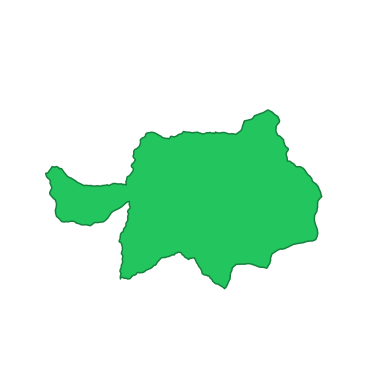 Gakiling, Ha, Bhutan (Natural Earth projection), rotated 38°
{"feature_id": "84629894B40252407393905", "entity_name": "Gakiling", "entity_type": "district", "adm_level": 2, "iso_a3": "BTN", "parent_name": "Bhutan", "parent_adm1": "Ha", "projection": "natural_earth1", "projection_center": [89.208, 27.137], "detail": "fine", "context": "isolated", "style": "filled", "palette": "green", "viewbox_px": 384, "rotation_deg": 38, "n_neighbors": 0, "source": "geoboundaries", "source_scale": "gbopen_adm2", "svg_char_len": 6077}
<svg xmlns="http://www.w3.org/2000/svg" viewBox="0 0 384 384"><g transform="rotate(38 192 192)"><path d="M100.2,294.6L103.1,294.8L104.5,294.8L106.0,295.3L107.5,295.5L109.0,294.8L110.3,293.8L111.0,292.8L112.7,291.9L114.1,290.1L115.9,288.5L117.6,287.6L119.7,287.7L120.6,287.5L122.3,286.6L125.2,285.9L127.9,283.8L128.8,282.9L132.6,281.2L133.5,278.5L133.4,277.8L134.1,276.1L135.4,274.9L136.6,274.2L137.9,272.5L139.7,271.0L140.6,269.8L141.1,268.2L141.7,264.7L141.2,258.3L141.4,256.9L142.2,254.5L144.1,251.0L145.7,246.8L146.5,242.0L147.1,239.6L148.4,238.1L149.4,239.2L150.2,240.5L151.8,241.6L152.6,242.0L152.9,242.4L153.1,242.9L152.9,245.4L153.0,246.4L153.5,247.3L155.3,248.1L155.6,248.5L156.4,250.9L157.3,252.0L157.8,252.1L158.1,253.0L159.0,254.2L159.1,256.8L159.5,257.7L160.5,258.8L160.9,259.7L160.9,263.3L161.5,264.1L162.0,265.5L162.0,266.1L161.5,267.4L161.6,269.0L163.3,272.0L164.0,272.7L164.7,275.4L165.0,275.8L165.9,276.0L166.8,275.7L167.7,275.8L170.5,277.8L171.6,278.8L172.7,280.5L173.2,281.3L173.8,283.3L174.4,284.1L174.8,284.3L176.2,284.6L177.0,285.1L177.5,286.0L178.3,287.8L180.8,290.2L181.4,293.2L182.8,295.2L183.1,296.2L183.2,297.2L183.6,298.1L184.2,298.9L185.5,299.5L186.3,300.1L187.6,302.8L188.5,304.0L188.9,304.3L188.9,303.3L189.1,302.7L189.3,302.3L190.2,302.0L191.7,301.7L192.2,301.4L192.9,300.6L194.9,300.1L195.5,299.6L196.6,298.2L196.6,295.2L197.1,293.8L198.4,292.1L198.6,291.1L198.5,289.7L198.6,289.3L199.8,288.0L200.5,288.0L201.3,287.0L202.7,285.9L203.7,283.8L203.8,282.5L203.9,282.1L206.6,277.2L207.0,275.7L207.1,273.6L207.9,272.5L208.3,271.4L207.9,268.6L208.4,262.9L209.0,262.0L211.5,259.8L212.1,258.5L213.5,257.1L213.9,256.1L214.5,255.3L215.3,253.4L216.4,252.9L216.7,252.5L216.7,251.2L216.8,250.4L217.7,249.1L218.2,248.0L218.7,247.5L220.8,246.5L222.9,247.4L224.0,247.1L226.6,247.7L228.9,247.3L230.8,247.3L231.0,247.0L230.8,246.2L230.9,245.8L231.9,245.2L232.6,244.1L234.3,242.5L236.9,243.5L238.9,244.7L241.1,245.4L243.0,246.4L245.7,247.0L247.5,247.8L248.2,248.2L249.9,249.7L250.6,250.0L252.5,249.8L254.6,248.7L256.1,248.4L256.6,247.8L256.9,247.7L259.5,248.6L261.8,248.7L263.1,249.5L266.5,249.8L268.0,249.3L269.4,248.5L270.8,248.5L274.3,248.0L277.2,248.0L277.4,246.0L276.7,242.5L275.9,239.7L275.6,237.4L272.2,232.0L272.0,230.4L271.5,229.0L270.4,226.8L271.3,222.1L272.4,220.8L278.6,215.8L279.6,214.5L280.9,213.4L283.0,212.3L287.1,210.9L290.8,209.8L292.3,209.1L294.2,207.7L296.2,206.6L297.6,206.2L297.9,205.0L297.5,203.6L297.3,200.8L297.1,200.1L295.7,196.9L294.6,196.0L293.9,193.6L293.4,192.6L293.3,191.9L293.3,191.1L295.1,185.6L296.1,183.5L296.5,183.0L296.8,182.4L298.4,181.4L300.1,179.2L300.9,177.4L302.0,175.5L302.3,174.2L303.3,173.0L303.7,171.5L306.9,167.6L309.0,165.3L311.1,163.2L312.1,161.4L313.1,160.1L315.5,157.6L316.8,156.7L318.1,154.8L318.1,154.3L318.7,153.6L318.7,152.8L318.4,151.7L317.7,149.6L316.9,147.9L316.5,147.1L313.8,144.4L308.8,141.3L307.8,140.4L306.8,139.9L304.2,137.0L303.8,136.0L303.1,135.2L302.6,133.0L302.4,131.0L302.1,130.1L300.7,127.7L300.4,126.7L299.4,125.6L297.9,123.4L297.3,122.8L296.7,121.5L296.7,119.3L296.8,117.6L297.1,115.8L294.4,114.0L293.9,113.3L292.8,112.8L292.2,112.3L291.1,111.9L288.3,110.2L287.4,109.9L284.8,109.3L283.0,109.5L280.6,109.4L279.7,109.0L278.3,107.9L277.2,107.5L275.2,107.0L272.5,107.0L266.8,105.1L264.7,104.9L261.8,105.4L260.3,106.5L259.6,107.3L258.5,107.9L255.0,107.2L252.1,107.5L250.3,107.5L249.3,108.0L248.5,108.8L248.1,108.8L246.5,107.3L246.2,106.7L243.3,104.6L242.7,103.7L242.1,102.6L242.0,100.0L241.5,99.0L241.0,98.5L237.9,98.5L236.0,97.8L234.5,96.6L232.9,95.7L232.2,94.6L231.5,94.4L227.1,93.9L225.2,94.4L224.3,94.4L223.0,93.6L221.7,93.1L220.3,92.0L218.0,88.5L217.6,86.9L217.9,83.9L217.5,82.8L217.0,81.8L213.6,79.9L211.8,79.8L209.3,80.1L207.6,79.8L205.1,79.7L204.7,80.0L203.6,80.2L201.7,80.4L201.2,80.9L200.0,83.7L199.2,86.0L198.3,87.0L196.8,89.3L196.1,90.9L195.3,91.8L194.3,93.6L194.5,97.1L194.1,98.0L191.1,101.9L189.7,103.4L189.6,104.4L190.5,106.4L191.1,108.6L192.4,111.3L192.7,112.6L192.7,113.6L191.3,119.1L191.0,119.7L189.9,120.1L187.5,121.5L185.9,123.2L183.0,124.4L180.8,125.2L179.6,126.3L179.3,126.4L177.4,128.7L176.8,128.9L176.2,129.6L175.8,129.7L173.7,130.3L173.6,130.7L173.8,131.9L173.6,132.2L172.3,132.4L171.7,133.4L171.4,133.6L170.0,133.8L169.2,134.3L168.2,135.5L167.1,136.2L166.0,138.4L164.8,139.6L164.1,140.0L162.7,140.3L161.6,140.9L159.5,141.5L157.0,143.9L156.0,145.1L153.4,146.4L150.8,148.2L148.0,149.6L148.0,152.2L147.8,152.7L146.0,154.9L145.8,155.3L145.8,156.5L145.3,157.2L144.9,158.4L144.5,159.0L143.5,159.9L142.4,160.3L142.2,160.5L141.4,160.9L141.0,161.4L141.3,163.2L141.2,163.7L140.7,164.4L139.3,165.1L138.7,165.7L135.8,167.1L134.9,167.3L133.4,167.2L127.0,168.2L124.8,168.9L123.2,169.9L121.9,171.5L120.7,172.6L120.3,173.2L120.0,174.0L119.9,174.8L120.8,176.7L120.9,177.5L120.6,178.3L119.5,180.3L119.1,182.4L119.3,182.9L120.3,183.9L121.2,185.2L122.1,187.2L122.3,188.4L122.3,189.3L121.8,191.8L121.0,193.3L120.8,194.1L121.0,195.6L122.8,198.1L123.7,200.3L124.2,200.6L124.9,200.9L127.2,201.3L127.7,201.8L127.7,203.1L128.0,204.7L127.6,206.4L127.6,207.7L128.1,208.7L128.8,209.3L130.7,209.4L131.8,210.2L132.3,211.1L132.6,212.3L132.7,217.4L131.7,219.8L131.7,220.2L132.1,221.1L132.9,222.3L133.4,224.2L133.7,224.7L134.8,225.8L135.4,226.1L135.7,226.8L133.5,228.0L133.0,228.8L131.6,228.9L128.3,231.6L126.5,232.4L125.8,233.0L124.9,233.5L124.6,234.0L124.0,235.2L123.5,235.9L122.7,238.1L121.3,238.3L120.8,238.6L118.6,241.1L117.4,241.9L116.6,243.6L114.9,244.5L113.5,245.5L111.0,247.9L108.6,249.0L107.6,249.7L106.8,250.5L104.3,252.0L103.2,253.3L95.5,255.0L93.9,254.9L88.0,255.5L86.1,256.2L83.7,256.3L78.9,255.2L74.8,253.9L74.3,254.2L73.3,255.4L72.2,254.9L69.8,255.2L68.2,257.1L66.2,258.1L66.5,261.4L66.5,263.4L66.7,265.0L66.2,266.4L65.4,267.0L65.3,267.5L67.4,269.1L68.4,269.5L70.1,269.9L71.8,269.8L73.6,270.5L73.9,270.8L74.5,272.2L74.8,272.6L77.0,273.7L79.0,274.9L79.5,276.8L79.6,277.7L79.9,278.5L80.1,279.8L81.3,281.2L85.7,282.2L87.0,282.4L89.0,282.3L91.8,284.1L92.8,285.2L94.2,287.3L94.8,288.6L95.5,290.5L96.3,291.2L97.2,292.4L100.2,294.6Z" fill="#22c55e" stroke="#15803d" stroke-width="1.5"/></g></svg>